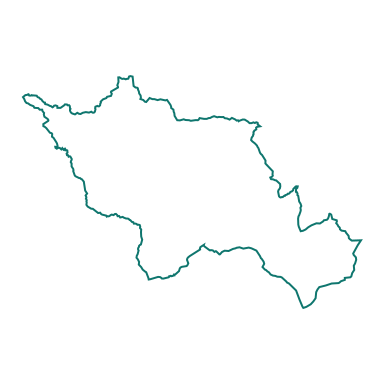 outline of Mejia, Pichincha, Ecuador
{"feature_id": "8360857B86630198193549", "entity_name": "Mejia", "entity_type": "district", "adm_level": 2, "iso_a3": "ECU", "parent_name": "Ecuador", "parent_adm1": "Pichincha", "projection": "orthographic", "projection_center": [-78.69, -0.497], "detail": "fine", "context": "isolated", "style": "outline", "palette": "teal", "viewbox_px": 384, "rotation_deg": 0, "n_neighbors": 0, "source": "geoboundaries", "source_scale": "gbopen_adm2", "svg_char_len": 5931}
<svg xmlns="http://www.w3.org/2000/svg" viewBox="0 0 384 384"><path d="M361.0,240.3L351.8,240.6L349.9,239.2L348.9,238.2L348.6,235.9L346.1,232.8L345.3,231.2L341.5,230.6L340.0,229.3L339.7,227.6L338.3,226.3L337.5,224.7L336.2,223.2L336.9,221.4L336.7,220.3L332.3,219.0L331.2,214.6L329.8,213.7L329.3,213.9L328.8,216.5L328.0,218.6L326.9,219.8L323.9,220.3L323.1,221.4L319.9,223.5L316.4,223.3L311.5,225.3L308.2,227.3L305.6,229.5L302.9,230.8L300.7,231.2L298.8,226.7L298.3,224.6L298.1,218.7L298.5,216.3L299.1,215.4L300.5,211.5L300.8,210.0L300.4,207.8L301.3,206.0L300.5,203.6L299.2,201.6L298.2,195.8L297.4,195.1L297.5,193.4L296.7,192.0L296.1,192.1L295.9,191.6L296.1,188.9L297.3,187.9L297.7,186.4L296.2,186.3L295.6,186.6L293.3,189.0L293.1,190.3L291.7,191.5L290.4,191.9L289.7,193.0L288.7,193.8L287.8,193.7L287.0,194.6L285.2,195.2L284.9,195.9L284.1,195.9L282.7,197.1L282.0,197.0L280.7,197.5L279.7,197.1L279.0,196.2L278.1,191.7L278.4,190.3L279.9,188.3L280.3,186.4L280.1,184.0L276.2,180.4L275.2,180.3L273.0,179.3L271.2,179.2L270.9,179.0L270.3,177.5L271.9,176.8L272.8,175.7L272.5,174.4L272.8,171.3L265.4,163.5L265.5,160.5L262.0,154.9L260.9,154.0L260.0,152.7L258.4,148.1L257.4,146.7L257.0,145.6L254.9,143.4L252.2,141.3L251.1,140.0L251.7,137.6L253.1,135.7L253.2,134.5L253.6,134.1L253.4,132.1L254.1,131.5L254.2,130.7L256.3,129.4L256.1,127.6L257.2,126.8L260.1,126.3L257.7,124.4L257.8,123.1L257.5,122.7L256.2,122.3L254.9,123.0L253.4,122.4L251.6,123.1L249.5,123.1L247.8,121.5L244.7,119.6L242.8,119.5L239.0,120.9L238.7,121.2L238.0,120.3L236.7,120.6L235.1,119.4L231.9,117.9L229.6,119.6L227.1,118.5L224.8,118.2L223.4,117.0L221.6,117.1L218.9,116.9L217.3,117.3L214.1,116.2L212.1,116.9L210.1,118.0L208.6,118.1L206.7,118.9L204.2,118.9L199.6,118.1L198.7,119.6L197.9,120.2L195.7,120.1L190.8,120.8L189.1,120.2L185.5,120.0L183.7,119.3L179.9,120.4L177.2,120.2L174.6,115.9L174.3,113.1L173.7,111.8L173.4,109.6L171.2,108.0L171.1,106.5L170.4,104.8L167.0,99.9L165.4,100.4L160.4,99.3L157.6,100.1L154.3,99.1L152.3,99.1L149.6,98.0L146.2,102.0L144.9,101.7L143.3,100.0L140.4,99.0L140.9,97.6L140.6,95.5L139.2,93.5L138.9,91.6L137.9,89.3L137.9,88.4L137.4,87.8L135.5,87.5L133.6,86.0L132.6,76.6L130.4,76.1L129.1,76.5L128.3,78.7L126.2,79.0L125.8,79.3L123.8,78.6L122.7,78.9L121.6,78.7L119.5,77.3L118.3,77.4L118.5,82.0L117.3,85.3L117.9,86.5L118.0,87.5L111.1,91.5L110.9,92.1L111.8,93.8L111.0,95.9L107.1,96.8L106.3,98.1L103.1,99.3L100.7,101.6L100.9,102.7L100.3,103.5L100.1,105.3L99.1,106.3L98.1,106.3L97.4,105.9L95.4,106.7L95.1,108.3L95.5,109.1L94.9,111.6L94.3,112.4L93.5,112.7L92.5,112.6L91.3,111.7L89.0,112.6L85.8,112.1L82.7,112.8L80.6,114.0L79.0,113.8L77.3,112.8L75.0,114.4L72.2,113.5L70.9,112.5L70.0,110.7L70.0,109.5L70.5,108.9L70.0,108.2L69.8,106.1L69.1,105.2L67.6,105.3L67.0,104.5L64.9,104.4L64.2,105.3L60.5,107.9L57.4,107.9L57.3,106.1L55.6,105.4L54.1,105.7L53.3,106.8L52.5,107.3L50.9,106.1L50.1,106.0L47.5,104.6L45.2,104.1L45.0,102.7L44.3,102.7L42.5,101.1L41.4,99.4L40.1,98.8L39.2,97.7L37.6,97.1L36.7,95.7L33.6,95.4L32.5,95.5L31.8,95.1L31.0,95.6L29.7,95.6L29.0,95.4L28.7,94.4L28.3,94.2L27.1,94.9L25.4,95.1L23.0,97.1L24.3,99.1L25.1,101.3L26.5,103.0L28.1,103.4L30.1,104.9L33.5,106.2L34.4,107.8L38.3,108.1L39.7,109.7L42.2,109.7L42.5,111.1L44.1,113.0L43.8,114.3L44.4,116.7L47.7,119.0L48.4,120.2L48.2,120.9L43.3,124.1L43.4,126.2L44.6,126.7L46.3,128.1L49.9,132.7L51.6,133.2L52.2,134.0L52.0,136.7L53.5,137.8L56.3,142.2L57.0,143.5L57.6,146.0L57.6,146.7L57.3,146.9L55.3,146.8L55.5,147.8L56.8,148.7L58.0,147.9L59.7,147.9L61.3,149.4L62.3,148.1L63.5,149.8L64.0,150.0L64.5,148.8L65.0,148.6L65.8,150.3L66.9,150.2L67.3,150.5L67.5,152.6L66.6,153.6L67.0,155.1L67.9,155.1L68.6,156.7L69.5,156.3L70.3,156.5L71.7,158.9L71.7,159.7L70.9,161.3L70.8,162.4L71.6,163.4L71.6,166.5L73.2,168.9L73.5,170.3L73.2,171.0L74.7,175.3L75.4,176.2L79.0,178.0L80.3,178.2L80.9,178.9L81.8,179.2L83.8,181.6L85.2,190.6L87.1,193.5L85.6,195.5L86.4,197.2L85.9,198.8L86.5,199.4L86.7,200.6L86.4,201.2L86.7,202.4L86.4,204.8L87.7,206.6L91.2,208.7L92.8,208.8L98.1,213.0L100.2,212.7L101.1,214.0L102.1,214.6L106.2,215.6L106.7,216.5L107.2,216.1L108.0,216.4L109.4,216.1L110.6,215.1L111.7,214.6L113.6,215.1L114.7,214.1L115.9,213.9L117.2,215.1L117.6,216.2L119.1,216.0L120.2,217.5L122.7,216.9L123.7,217.6L126.0,218.5L128.0,218.6L129.1,219.3L129.6,220.0L130.3,220.1L131.9,221.9L133.3,222.2L133.8,223.6L135.4,223.6L136.5,223.9L137.4,224.8L138.6,224.7L139.7,225.0L140.2,226.4L140.0,228.0L141.2,229.5L141.0,232.2L141.2,236.5L142.2,239.7L140.9,244.5L139.9,245.0L139.1,245.8L138.9,246.9L138.1,248.3L138.1,249.7L138.6,250.4L137.6,254.3L136.8,255.7L136.5,257.7L137.8,259.3L139.1,261.9L138.8,264.6L141.2,267.1L142.7,269.6L145.5,271.9L146.2,272.2L148.4,278.0L148.7,279.5L150.4,279.2L158.1,276.9L160.1,277.1L161.2,277.8L161.8,278.5L163.3,278.6L168.6,277.3L169.3,276.7L169.2,276.3L170.8,275.8L171.4,276.2L172.9,275.9L173.8,274.9L174.2,275.1L174.2,274.5L175.1,274.6L179.0,271.1L179.8,268.4L180.5,267.5L182.0,266.8L186.5,266.1L187.3,265.4L188.3,263.3L187.0,259.9L187.3,258.5L188.0,257.5L189.7,256.1L200.1,249.5L199.9,248.5L200.4,247.1L203.8,244.9L203.7,245.2L204.3,246.3L209.7,250.3L210.1,250.4L210.9,250.1L212.8,250.4L214.4,251.9L215.7,251.2L216.2,251.3L219.4,254.4L220.0,254.3L222.0,252.0L224.6,250.7L228.6,251.0L233.0,248.9L235.6,248.3L236.5,247.8L239.5,247.3L243.3,248.6L248.7,247.6L251.4,248.3L256.4,250.6L260.0,256.1L260.9,258.2L261.6,258.7L263.6,261.6L264.2,263.8L262.5,267.0L264.9,269.6L266.1,270.1L267.4,271.4L268.9,272.3L270.6,274.5L273.0,275.6L275.3,275.9L277.3,276.7L280.6,276.9L281.9,277.5L286.5,281.7L286.8,282.4L289.0,283.5L296.1,290.5L299.5,299.6L302.4,306.5L303.3,307.9L306.3,306.9L310.7,304.3L313.3,301.5L315.6,298.2L316.2,292.1L317.5,289.5L319.3,287.1L325.7,285.5L331.7,283.5L338.4,283.1L339.3,282.7L341.0,281.2L344.8,279.9L344.8,277.9L350.3,277.3L351.3,276.4L352.2,273.1L354.2,270.0L353.8,265.7L355.1,263.4L356.2,259.8L355.9,257.4L353.7,254.9L353.2,253.5L357.7,245.3L361.0,240.3Z" fill="none" stroke="#0f766e" stroke-width="2"/></svg>